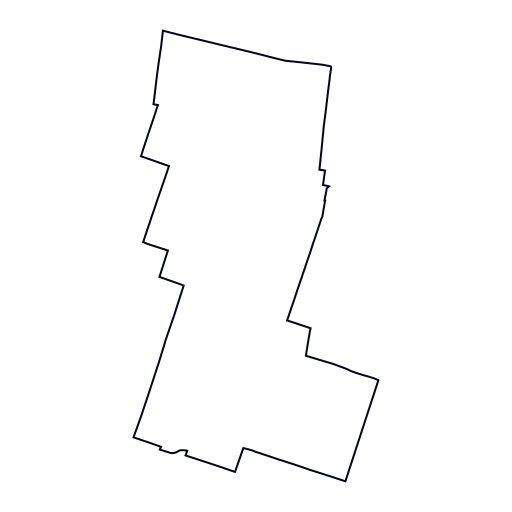 Dobrotesti, Dolj, Romania
{"feature_id": "2599482B78456281149056", "entity_name": "Dobrotesti", "entity_type": "district", "adm_level": 2, "iso_a3": "ROU", "parent_name": "Romania", "parent_adm1": "Dolj", "projection": "mercator", "projection_center": [24.124, 43.959], "detail": "fine", "context": "isolated", "style": "outline", "palette": "ink", "viewbox_px": 512, "rotation_deg": 0, "n_neighbors": 0, "source": "geoboundaries", "source_scale": "gbopen_adm2", "svg_char_len": 2454}
<svg xmlns="http://www.w3.org/2000/svg" viewBox="0 0 512 512"><path d="M322.3,216.7L323.5,209.9L325.0,201.0L325.1,200.7L324.5,200.6L325.2,196.7L326.3,191.1L326.6,188.6L329.0,186.3L328.3,186.1L326.7,185.8L325.5,185.5L325.0,185.4L324.2,185.3L323.0,185.1L323.3,182.9L324.0,177.9L325.0,170.6L321.6,169.9L321.5,170.1L320.5,169.9L319.4,169.7L320.1,163.6L320.7,157.3L321.2,152.7L321.6,148.9L322.4,140.5L322.8,136.0L323.2,132.8L323.7,126.5L325.5,113.1L328.2,90.0L329.3,81.9L329.6,79.1L329.9,76.2L330.5,72.4L330.6,71.2L330.7,70.6L330.7,70.4L331.0,69.0L331.2,67.6L331.1,67.0L330.8,66.6L330.7,66.5L330.5,66.3L330.3,66.2L322.3,64.7L311.4,63.5L301.4,62.4L295.8,61.8L290.7,61.3L285.8,60.8L275.2,58.3L263.6,55.3L252.5,52.5L246.3,51.0L225.3,46.0L206.0,41.3L192.2,38.0L183.5,35.9L163.2,30.8L162.9,30.7L162.6,33.5L162.2,37.0L161.2,45.9L158.9,61.2L157.1,74.1L154.7,94.6L153.5,104.3L157.9,105.0L157.4,106.5L153.1,119.7L148.6,132.9L142.6,151.1L141.0,156.3L145.7,157.9L164.7,164.6L169.0,166.0L166.1,174.6L161.9,186.8L157.1,200.6L155.5,205.5L151.5,217.2L150.6,219.9L146.1,233.3L143.2,242.1L147.2,243.8L154.2,246.1L167.9,250.5L166.8,253.9L159.9,275.6L159.5,276.9L166.6,279.4L181.5,284.7L183.7,285.6L181.3,292.9L179.1,299.9L177.2,305.7L175.7,310.5L174.9,313.1L173.4,317.6L172.1,321.2L165.3,341.1L164.5,344.2L160.9,355.7L158.8,362.7L155.3,373.1L153.6,378.5L147.1,398.3L146.3,400.7L141.0,416.5L136.0,430.5L134.2,435.4L134.0,436.0L133.6,437.4L136.7,438.4L142.5,440.4L146.8,441.8L152.5,443.8L157.6,445.6L161.0,446.8L159.8,449.6L167.3,451.9L170.3,452.9L170.8,453.0L172.9,453.1L175.1,452.7L176.1,452.4L177.5,451.6L178.6,450.9L180.7,450.2L183.0,450.2L186.6,450.5L187.3,450.8L187.1,451.3L185.5,455.4L189.7,456.8L206.6,462.3L219.9,466.7L234.6,471.8L235.0,471.9L236.1,468.9L243.3,448.1L246.7,448.9L251.9,450.3L256.0,452.0L260.0,453.2L263.5,454.4L270.4,456.7L279.9,459.9L283.8,461.1L293.7,464.3L302.4,467.2L310.0,469.9L321.8,473.6L341.8,480.1L345.4,481.3L378.4,380.2L377.5,379.8L374.5,378.5L368.6,376.6L363.2,375.1L355.3,372.6L350.8,371.0L346.3,368.8L332.5,363.7L322.7,360.8L311.3,357.4L305.9,355.7L308.7,338.2L310.0,331.1L310.6,328.2L302.7,325.6L292.9,322.3L287.1,320.5L287.6,319.1L288.7,315.8L291.1,308.7L294.8,297.8L296.1,293.9L297.6,289.3L299.3,284.4L300.3,281.3L301.5,278.0L302.9,273.7L304.3,269.7L306.2,264.0L306.9,261.8L307.5,260.2L309.0,255.9L311.2,249.3L313.3,242.6L314.3,240.0L321.5,218.3L321.8,217.9L322.2,217.0L322.3,216.7Z" fill="none" stroke="#020617" stroke-width="2"/></svg>